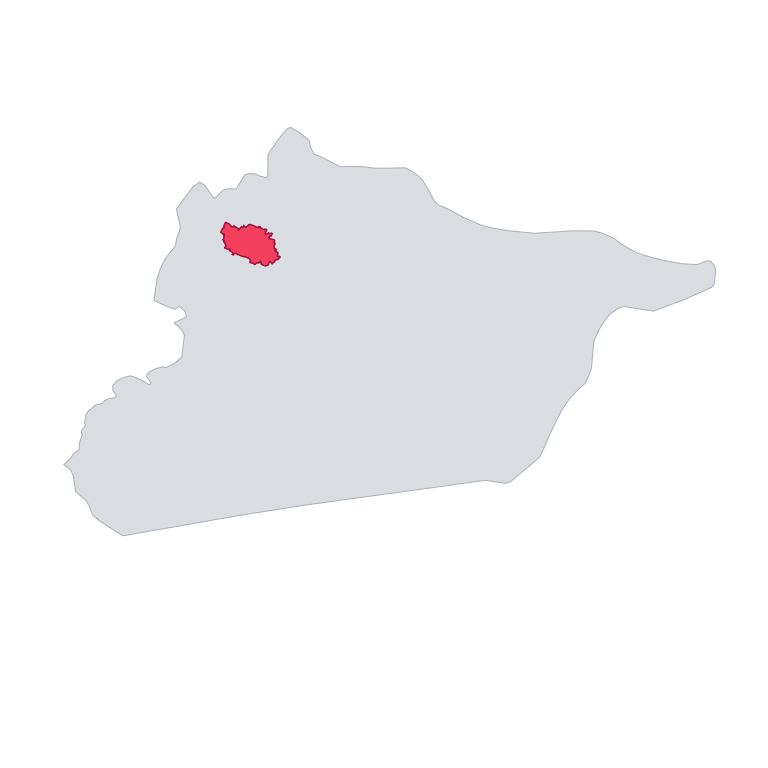 Al Ma'ra, Idlib, Syria shown in context, rotated 24°
{"feature_id": "27442178B71280190344240", "entity_name": "Al Ma'ra", "entity_type": "district", "adm_level": 2, "iso_a3": "SYR", "parent_name": "Syria", "parent_adm1": "Idlib", "projection": "natural_earth1", "projection_center": [36.792, 35.566], "detail": "fine", "context": "in_parent", "style": "filled", "palette": "rose", "viewbox_px": 768, "rotation_deg": 24, "n_neighbors": 0, "source": "geoboundaries", "source_scale": "gbopen_adm2", "svg_char_len": 7600}
<svg xmlns="http://www.w3.org/2000/svg" viewBox="0 0 768 768"><g transform="rotate(24 384 384)"><path d="M133.5,274.6L139.4,275.3L152.1,283.0L154.2,282.8L158.0,272.6L161.8,269.1L169.6,266.1L171.8,249.6L175.5,246.4L179.9,244.7L186.7,244.4L192.6,243.4L192.9,240.5L184.7,221.5L185.4,216.7L189.4,197.5L191.9,190.0L194.3,187.5L203.7,188.5L216.7,191.9L220.2,197.4L226.6,202.3L236.2,202.0L247.2,202.9L255.9,203.2L262.8,199.8L278.3,193.3L286.1,191.2L293.1,188.3L315.6,177.8L324.6,178.6L330.8,180.0L335.5,181.7L346.2,188.9L355.0,196.1L361.2,198.3L372.2,198.1L388.2,199.5L407.9,199.4L419.3,197.4L433.9,193.8L459.9,185.2L494.1,167.3L514.1,158.6L522.8,157.5L534.1,157.4L545.5,159.7L558.4,161.3L564.3,161.2L578.1,159.4L596.1,155.8L607.4,152.8L621.0,147.9L629.4,139.8L632.1,139.0L635.7,140.4L637.3,141.0L640.9,145.6L644.8,157.5L644.8,158.8L644.2,162.2L635.4,172.0L623.5,185.2L614.9,193.6L600.5,207.7L589.6,210.8L571.2,215.8L566.3,220.8L561.8,228.7L559.2,239.6L558.5,246.5L558.2,259.2L562.7,272.4L567.1,285.1L567.7,293.5L567.4,301.8L563.5,310.6L559.3,322.7L556.9,336.4L555.9,362.1L556.2,384.0L555.9,387.5L548.5,403.0L539.7,421.0L535.7,425.2L516.1,430.6L494.8,443.8L471.1,458.6L449.4,472.0L426.7,486.1L403.1,500.7L386.3,511.1L363.7,525.1L343.1,538.4L322.2,552.0L306.3,562.3L282.1,578.5L268.0,588.1L247.1,602.1L228.7,614.4L207.0,629.0L179.7,624.7L171.1,622.2L164.1,615.2L158.9,611.5L146.0,607.7L137.8,594.6L132.8,590.0L124.2,587.9L127.9,579.5L128.6,574.0L132.3,567.2L130.0,562.8L128.9,553.4L127.3,551.1L126.7,548.6L128.0,545.6L127.5,542.5L126.0,541.2L125.4,536.5L124.2,533.1L124.8,528.8L126.7,526.1L128.7,520.8L131.0,519.2L134.6,515.9L135.6,512.5L138.9,509.1L143.2,506.3L144.2,504.1L143.6,502.8L139.2,500.4L136.9,496.0L139.0,489.6L140.4,487.6L143.0,484.5L148.9,479.8L153.5,479.1L157.5,479.1L164.2,479.4L169.4,480.3L170.7,479.1L170.5,477.5L164.1,473.7L163.8,470.6L165.4,467.3L169.9,462.1L175.4,458.3L178.1,457.7L184.4,450.0L188.3,441.5L181.9,420.7L178.0,417.3L171.7,414.5L168.0,414.1L167.7,412.7L172.7,407.4L176.2,402.8L172.3,398.5L165.3,396.4L162.7,400.9L153.8,401.4L139.8,401.3L133.7,379.4L132.8,369.9L133.0,358.9L137.3,342.8L135.3,335.3L135.2,330.3L134.1,323.4L123.2,308.6L129.3,281.3L133.5,274.6Z" fill="#d9dde1" stroke="#a8b0b8" stroke-width="1"/><path d="M230.8,304.9L230.6,304.9L230.2,304.7L229.8,304.5L229.4,304.5L229.0,304.7L228.8,304.9L228.5,304.6L228.0,303.7L227.5,302.9L227.3,302.5L227.5,301.6L227.4,300.6L227.1,299.9L226.5,300.1L226.3,299.9L226.2,299.6L226.1,299.3L226.1,299.0L226.1,298.7L226.0,298.3L225.8,297.7L225.6,297.4L225.4,297.1L225.1,297.0L224.2,297.0L220.8,297.7L220.3,297.9L220.0,297.9L220.0,297.6L219.8,297.1L219.5,296.6L219.4,296.3L219.4,296.0L219.7,295.5L219.9,295.2L220.5,294.8L220.8,294.2L220.6,292.8L220.8,292.2L219.8,292.1L219.5,292.1L219.3,292.3L218.9,292.7L218.4,293.0L217.4,292.9L217.1,292.9L217.0,293.1L216.9,293.9L216.4,294.4L216.1,294.6L215.3,294.8L215.0,295.2L214.8,295.0L214.3,294.8L214.1,294.6L214.1,293.6L214.1,292.9L214.1,292.1L214.2,291.9L214.2,291.5L214.1,290.8L213.9,290.7L212.9,290.6L212.6,290.6L212.3,290.9L212.4,291.6L212.2,291.8L211.8,291.6L211.5,291.7L211.3,291.7L210.7,291.8L210.1,291.8L209.1,291.6L207.8,291.4L207.6,291.5L207.2,291.6L207.1,291.3L207.1,291.0L207.0,290.7L206.7,290.7L205.7,291.0L205.6,291.4L205.5,291.7L205.5,292.2L205.0,292.5L204.4,292.5L204.0,292.4L203.7,292.5L203.1,292.8L202.8,292.7L201.9,292.4L200.1,292.4L198.9,292.5L198.4,292.6L197.7,292.6L197.1,292.7L196.5,292.9L195.9,293.2L195.5,293.6L195.3,294.2L195.1,294.8L194.9,295.5L194.7,295.9L194.6,296.5L194.5,296.8L194.2,297.0L193.5,296.8L192.8,296.7L192.1,296.7L191.5,296.4L191.6,297.8L191.6,298.2L191.3,298.4L189.9,298.2L189.7,298.4L189.3,299.5L189.3,299.9L188.9,300.8L188.7,301.6L188.4,302.3L188.2,302.0L188.0,301.7L187.5,301.2L187.1,301.2L186.1,301.1L185.3,301.0L184.6,300.9L183.9,300.7L183.2,300.6L182.6,300.6L182.6,301.2L182.6,301.5L182.4,301.6L182.1,301.7L182.0,302.0L181.7,302.2L181.4,302.2L180.7,302.1L180.0,302.0L179.6,301.9L179.1,301.6L178.4,301.2L177.9,300.9L177.1,300.7L176.4,300.7L175.3,300.7L175.0,300.7L174.1,300.7L173.7,300.8L173.5,301.0L173.4,301.1L173.5,301.6L173.5,302.1L173.4,303.0L173.4,304.6L173.5,305.1L174.2,305.2L174.3,305.7L174.3,306.1L173.9,306.1L173.7,306.5L173.7,307.1L173.6,307.4L173.4,307.5L173.2,307.8L173.3,308.2L173.4,308.8L173.3,309.1L173.1,309.8L173.1,310.0L173.1,310.7L173.2,311.4L173.2,311.7L173.4,311.9L174.1,312.0L174.4,312.1L175.7,312.1L175.9,312.2L176.1,312.7L176.5,312.6L177.0,312.3L177.1,312.2L177.3,312.2L177.5,312.7L177.6,313.1L177.4,313.7L177.4,314.0L177.8,314.7L178.3,314.8L178.4,315.0L178.3,315.8L178.3,316.4L178.4,316.7L178.3,317.6L178.2,317.8L178.4,317.9L178.5,317.9L178.9,318.0L179.0,318.0L179.3,318.0L179.5,318.0L179.6,318.3L179.7,318.5L179.8,318.5L179.8,318.8L179.7,319.1L179.8,319.3L180.1,319.4L180.2,319.5L180.4,319.5L180.7,319.7L180.9,319.7L181.2,319.9L181.3,319.9L181.3,320.0L181.5,320.0L181.8,320.0L182.0,320.1L182.2,320.7L182.3,321.2L182.5,321.3L183.0,321.7L183.2,321.8L183.5,322.1L183.7,322.3L183.6,322.7L183.0,323.9L183.0,324.1L183.0,324.3L183.1,324.6L183.7,324.6L183.8,324.5L184.2,324.5L184.7,324.4L185.2,324.5L185.5,324.6L186.0,324.5L186.3,324.4L186.7,324.1L186.9,324.0L188.1,323.6L188.4,323.4L188.7,323.6L188.8,323.8L188.8,324.1L188.7,324.6L188.6,325.1L188.8,325.1L189.1,325.0L189.3,325.0L189.5,325.0L190.8,325.2L191.1,325.2L191.6,325.3L192.8,325.9L192.7,326.6L192.7,326.8L192.7,327.1L192.7,327.5L192.9,327.5L193.4,327.5L193.7,327.4L193.6,327.0L193.6,326.9L193.8,326.7L194.0,326.4L194.1,326.2L194.1,325.8L194.5,325.6L195.0,325.5L195.4,325.2L195.6,324.9L196.0,325.0L196.8,325.0L197.3,325.1L197.9,325.2L198.4,325.0L198.6,325.0L198.8,325.0L200.6,325.1L200.8,325.1L201.2,325.1L202.0,325.0L204.7,324.7L205.1,324.1L205.5,324.2L206.1,324.3L206.6,324.4L207.1,324.3L208.0,324.2L208.6,324.1L208.8,324.1L209.1,324.3L209.4,324.2L210.4,324.2L210.8,324.6L211.0,324.8L211.5,324.9L211.7,325.2L211.8,325.5L211.8,325.8L211.9,326.4L211.8,326.7L211.8,327.2L212.4,327.4L213.1,327.6L214.7,327.1L214.8,327.1L215.1,327.1L215.6,327.1L215.8,327.1L216.0,327.1L216.4,327.2L216.6,327.2L216.8,327.3L217.0,327.3L217.3,327.4L217.7,327.1L217.8,327.0L217.7,326.7L217.8,326.5L217.8,326.4L217.9,326.2L218.0,326.1L218.0,325.9L218.2,325.7L218.3,325.6L218.4,325.4L218.5,325.3L218.8,325.0L219.1,324.9L219.3,324.8L219.4,324.7L219.6,324.7L219.8,324.6L220.0,324.5L220.1,324.4L220.3,324.4L220.5,324.2L220.7,323.7L220.9,323.1L221.0,322.6L221.2,322.4L221.5,322.3L221.8,322.3L222.2,322.8L222.7,324.2L222.8,324.2L223.2,324.3L223.4,324.4L223.7,324.3L224.0,324.3L224.3,324.6L224.5,324.6L224.9,324.6L225.0,324.6L225.6,324.4L225.9,324.5L227.3,324.4L227.8,324.4L227.9,324.2L228.0,324.1L228.1,323.9L228.4,323.6L228.5,323.5L228.7,323.4L228.8,323.3L228.9,323.2L229.1,323.0L229.3,322.9L229.7,322.6L229.8,322.4L229.8,322.2L229.8,321.8L229.9,321.6L229.9,321.4L229.6,320.8L229.6,320.6L229.6,320.4L229.6,320.1L229.6,319.9L229.5,319.7L229.7,318.7L230.2,318.6L230.5,318.4L231.0,318.6L231.1,318.9L232.8,319.7L232.8,319.4L233.3,318.5L233.5,318.2L233.8,317.8L234.0,317.3L234.1,317.0L234.3,316.7L234.3,316.1L234.3,315.7L234.2,315.2L234.4,314.5L234.6,314.3L235.2,314.3L235.8,313.9L236.4,313.2L236.9,312.4L237.0,312.1L237.0,311.4L237.2,311.1L237.5,310.7L237.4,310.3L237.1,310.0L236.6,309.9L236.4,309.9L236.0,310.1L235.5,310.4L235.3,310.7L234.9,310.6L234.7,310.4L234.5,309.8L234.4,309.3L234.3,309.0L234.0,308.3L234.0,307.8L233.8,307.4L233.5,307.2L232.8,307.0L232.1,306.9L231.8,306.9L231.5,306.9L231.2,306.9L230.8,306.8L230.5,306.7L230.3,306.7L230.2,306.6L230.2,306.4L230.4,306.1L230.9,305.5L231.0,305.3L231.0,305.2L230.8,305.0L230.8,304.9Z" fill="#f43f5e" stroke="#9f1239" stroke-width="1.5"/></g></svg>